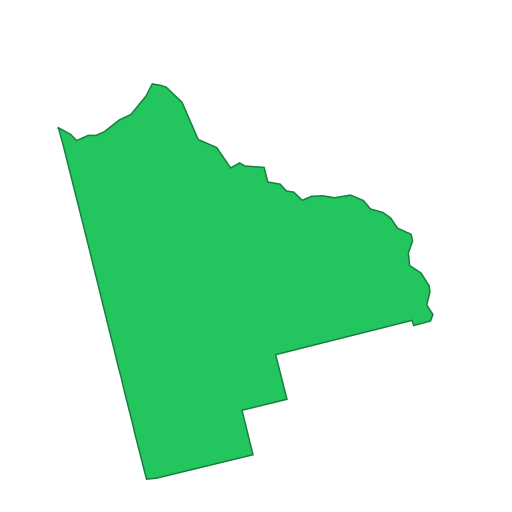 Walla Walla, Washington, United States of America, rotated 76°
{"feature_id": "52423323B20376291216469", "entity_name": "Walla Walla", "entity_type": "district", "adm_level": 2, "iso_a3": "USA", "parent_name": "United States of America", "parent_adm1": "Washington", "projection": "mercator", "projection_center": [-118.574, 46.303], "detail": "fine", "context": "isolated", "style": "filled", "palette": "green", "viewbox_px": 512, "rotation_deg": 76, "n_neighbors": 0, "source": "geoboundaries", "source_scale": "gbopen_adm2", "svg_char_len": 1110}
<svg xmlns="http://www.w3.org/2000/svg" viewBox="0 0 512 512"><g transform="rotate(76 256 256)"><path d="M83.8,416.8L83.8,416.7L100.6,416.3L197.0,416.1L204.0,416.1L211.1,416.1L211.6,416.1L223.0,416.2L232.8,416.2L234.3,416.3L236.6,416.2L248.5,416.2L263.1,416.3L272.7,416.3L297.2,416.3L306.5,416.3L310.4,416.3L329.7,416.4L341.2,416.2L351.2,416.4L352.6,416.4L358.4,416.4L361.2,416.4L391.5,416.3L397.0,416.5L398.8,416.5L446.1,416.2L447.5,406.3L448.1,307.0L402.3,306.9L402.5,260.6L356.5,260.8L356.2,120.1L361.6,119.9L361.3,102.4L355.6,98.5L344.8,102.2L333.1,96.0L327.0,95.2L312.6,99.9L302.4,109.2L290.1,107.5L279.4,100.5L272.4,100.3L263.3,111.9L251.8,116.1L244.5,122.3L238.1,133.5L228.2,138.3L219.7,149.7L218.5,165.7L213.8,176.4L211.5,187.5L213.1,197.7L203.2,203.9L200.2,210.9L192.1,215.2L187.1,226.6L172.0,226.7L166.0,245.0L161.7,249.4L164.4,259.3L141.3,267.9L129.0,283.9L89.0,290.6L70.5,302.3L67.4,307.2L63.9,315.0L73.9,323.7L88.4,343.1L90.9,355.7L98.7,373.0L100.3,382.2L98.4,389.5L100.6,402.1L93.1,406.5L85.5,414.8L85.0,415.3L83.7,416.7L83.8,416.8Z" fill="#22c55e" stroke="#15803d" stroke-width="1.5"/></g></svg>